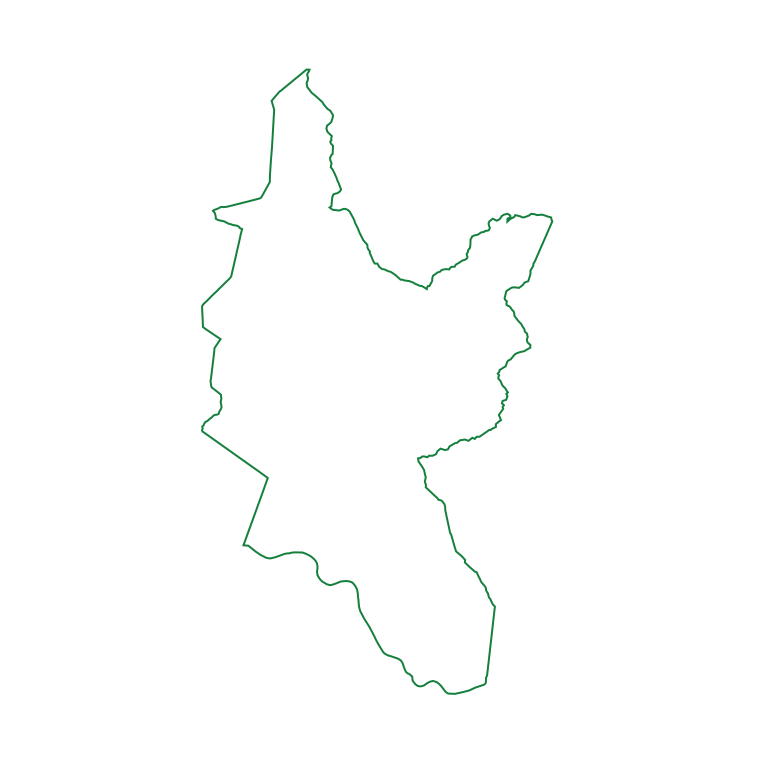 the district of Caxias, Maranhão, Brazil, rotated 124°
{"feature_id": "56859067B41786417257262", "entity_name": "Caxias", "entity_type": "district", "adm_level": 2, "iso_a3": "BRA", "parent_name": "Brazil", "parent_adm1": "Maranhão", "projection": "natural_earth1", "projection_center": [-43.396, -4.846], "detail": "fine", "context": "isolated", "style": "outline", "palette": "green", "viewbox_px": 768, "rotation_deg": 124, "n_neighbors": 0, "source": "geoboundaries", "source_scale": "gbopen_adm2", "svg_char_len": 6166}
<svg xmlns="http://www.w3.org/2000/svg" viewBox="0 0 768 768"><g transform="rotate(124 384 384)"><path d="M272.1,283.0L269.8,284.5L269.3,288.0L268.5,289.3L267.1,290.5L264.5,291.2L263.6,292.4L262.3,293.4L261.8,296.5L260.1,298.2L259.0,301.0L257.6,303.6L256.8,307.2L256.4,308.7L255.4,311.7L254.5,314.0L252.9,315.3L251.4,317.0L250.9,319.4L249.5,322.9L250.0,326.4L249.0,327.5L246.7,328.4L246.5,330.5L245.5,332.0L242.9,332.9L239.6,334.2L238.3,334.4L233.7,332.5L232.3,331.7L231.1,330.2L230.0,328.2L228.8,325.8L224.4,324.3L221.3,324.2L218.1,321.9L212.0,323.7L210.0,324.6L208.2,326.0L202.6,326.3L200.7,327.4L197.9,327.5L155.1,335.4L154.0,337.1L152.5,338.6L153.7,342.1L154.1,344.0L155.2,347.6L158.4,351.6L159.0,354.0L160.6,357.1L163.3,358.0L167.6,361.1L168.6,362.9L168.8,364.9L170.6,369.6L172.7,369.5L176.9,371.7L180.4,372.5L178.0,374.0L176.6,373.4L175.0,372.4L173.7,373.6L173.8,376.7L176.3,379.1L178.6,380.2L182.8,380.3L185.6,381.9L186.1,386.2L190.2,387.6L192.2,387.2L193.8,385.8L195.3,383.6L197.6,383.0L198.9,383.8L200.3,385.5L202.0,386.2L204.3,388.4L207.6,389.6L210.1,392.0L212.3,393.4L215.9,393.0L219.5,390.7L222.9,388.9L226.1,389.0L227.8,388.2L230.0,388.2L232.2,385.7L233.6,385.5L235.5,386.2L237.9,388.1L242.3,389.9L244.8,391.2L247.2,391.0L249.0,393.4L250.7,394.1L252.5,393.9L254.2,397.0L256.3,399.2L257.7,400.1L259.3,400.2L261.8,402.1L264.3,402.9L266.8,403.9L269.6,403.0L271.5,401.7L277.3,401.1L278.4,402.4L279.8,402.2L281.4,401.6L281.4,403.9L281.6,407.3L282.7,409.5L283.1,412.4L283.6,414.5L283.5,416.1L284.1,418.3L284.5,420.6L285.3,422.1L286.8,425.2L287.1,426.8L288.2,428.6L287.3,435.3L287.2,437.1L287.3,441.4L288.1,443.4L288.8,447.8L289.8,449.9L289.5,454.0L288.5,455.3L287.9,456.8L289.3,459.0L288.5,460.9L286.6,464.0L284.6,467.0L283.3,469.2L281.9,469.9L281.4,471.9L280.1,474.0L277.9,475.7L276.4,481.5L272.3,488.8L269.4,493.0L266.7,497.9L265.4,499.5L264.0,501.6L260.2,509.0L259.9,511.8L260.5,513.9L261.2,515.2L265.4,518.3L266.3,520.3L268.1,523.5L268.3,525.2L268.1,527.8L266.1,527.0L258.1,531.3L255.2,532.0L252.9,530.4L252.0,529.4L250.0,528.6L248.6,528.2L246.7,528.4L242.5,534.4L241.6,536.1L239.8,538.4L237.3,542.4L234.9,546.6L234.1,549.3L230.3,551.0L228.4,553.8L226.8,555.1L223.6,555.7L222.1,555.2L215.1,559.4L214.3,562.6L213.1,564.1L211.4,563.9L209.8,565.1L207.6,565.9L206.9,570.5L206.3,572.3L204.5,574.5L201.8,575.7L199.6,575.0L196.5,574.2L193.0,575.1L189.8,576.4L187.5,581.2L187.5,584.8L185.9,590.5L184.8,592.5L183.5,601.6L183.0,606.9L180.7,613.7L177.7,616.5L175.0,617.0L172.7,618.1L170.6,620.7L168.6,621.1L166.7,621.1L165.1,621.5L166.7,624.1L171.2,625.4L196.4,632.9L198.1,633.3L199.9,634.1L205.5,634.8L212.1,635.5L215.4,631.6L217.9,628.5L248.4,610.4L250.6,609.1L261.3,603.1L275.2,595.0L280.4,591.6L297.4,590.1L299.0,590.4L300.6,591.6L311.2,601.0L324.3,612.8L325.8,614.3L327.1,616.0L327.8,617.5L328.8,618.4L331.5,619.8L334.8,622.2L336.1,622.6L336.7,620.1L338.5,617.9L341.1,615.7L340.8,613.1L339.3,609.3L338.5,607.2L338.3,605.6L338.1,602.8L337.2,600.4L336.6,597.9L335.6,595.9L334.8,593.8L334.8,591.9L335.4,590.5L334.9,588.2L336.3,587.8L340.7,586.2L346.4,583.9L347.9,583.3L352.2,581.7L353.8,581.0L355.6,580.4L363.6,577.2L365.5,576.6L367.1,575.9L371.5,574.2L372.9,573.6L374.5,573.1L378.5,571.5L379.8,571.0L381.9,570.8L385.5,571.5L387.3,571.9L391.7,572.8L398.5,574.2L400.6,574.5L402.5,575.0L407.4,576.1L409.4,576.4L411.9,576.9L413.9,577.2L417.7,578.2L419.2,578.4L420.9,578.4L422.6,577.4L432.7,569.8L434.7,568.4L438.0,565.9L438.2,562.5L438.2,544.6L449.1,544.6L451.8,543.0L476.0,530.6L478.5,529.5L482.4,526.0L483.3,524.7L483.3,522.7L484.0,513.3L485.6,512.0L487.1,510.6L489.3,509.8L490.6,509.1L492.2,507.4L494.0,505.7L496.1,505.2L499.2,505.1L501.1,504.3L502.7,505.2L503.8,506.5L505.3,507.7L507.6,508.0L510.4,509.0L513.4,509.7L515.5,510.9L518.0,510.8L519.4,510.4L520.8,510.9L522.1,509.6L523.9,509.1L524.9,508.0L524.9,505.7L526.7,431.9L526.9,427.8L543.7,423.5L596.3,410.3L593.9,406.0L594.1,403.9L594.7,396.4L594.7,390.5L594.0,385.0L593.6,383.5L592.9,382.1L592.0,380.5L588.1,377.0L580.4,371.4L578.5,369.4L577.5,368.0L575.4,366.2L573.6,364.0L569.3,357.4L568.3,353.4L568.0,350.7L567.8,347.8L568.1,345.2L568.6,342.8L569.2,341.0L570.4,339.1L572.2,337.3L574.0,336.1L576.9,334.7L579.6,332.3L581.2,329.2L581.8,327.2L582.3,324.6L582.0,319.5L581.1,316.6L579.8,315.0L576.0,312.1L571.9,309.4L568.4,305.1L566.9,302.1L566.3,299.2L566.8,297.1L567.7,294.4L569.5,291.3L573.5,287.5L574.8,286.8L576.6,285.0L582.6,280.2L585.7,276.5L589.8,268.8L593.7,259.9L598.8,250.5L600.0,248.6L601.6,245.7L603.4,242.1L606.4,235.5L607.1,233.3L606.9,229.3L605.8,226.0L603.8,218.4L603.8,215.3L604.8,212.8L608.8,207.5L610.3,205.0L610.7,202.9L610.3,200.9L610.7,197.2L611.7,196.2L614.0,194.3L615.3,190.4L615.5,187.4L614.8,185.5L613.9,184.2L611.8,182.4L607.2,180.6L604.8,179.2L602.8,177.3L601.7,173.9L601.8,170.7L602.3,168.2L604.9,160.3L604.7,157.6L601.2,151.9L595.0,146.0L590.3,141.9L584.6,138.5L577.5,133.0L576.1,132.5L574.6,132.6L570.3,135.2L568.1,135.5L506.5,167.6L505.8,170.7L503.8,174.1L502.8,175.6L502.3,177.6L499.5,180.7L498.7,182.7L497.8,184.1L496.3,185.3L495.3,187.1L494.2,191.2L493.4,193.4L491.9,195.6L491.0,197.4L488.2,202.0L488.7,203.7L487.9,210.5L486.7,217.2L484.5,218.3L483.2,223.6L482.5,230.6L479.4,234.5L471.3,244.1L470.5,245.9L454.4,262.6L452.0,264.3L449.8,266.7L448.4,270.9L449.5,274.1L448.6,276.7L448.3,279.5L447.9,281.7L446.3,291.6L444.3,292.7L442.1,295.6L438.1,297.1L436.2,299.3L432.9,302.7L431.0,306.7L429.0,311.9L426.7,314.2L425.0,312.5L422.6,311.7L421.5,310.0L420.5,307.1L418.2,306.5L416.4,303.7L413.1,301.6L409.8,302.1L406.0,301.0L404.6,296.4L402.4,294.4L399.1,294.8L393.5,292.1L391.6,290.4L388.3,289.6L384.8,285.9L383.9,282.2L379.2,280.7L378.7,278.0L376.0,277.7L374.3,275.3L363.2,271.0L362.4,269.8L361.0,269.5L357.0,267.2L354.8,268.8L351.1,267.8L348.5,266.8L345.4,271.5L337.9,271.3L336.8,272.8L334.5,272.7L334.1,275.4L331.7,276.2L328.8,273.9L325.1,274.8L323.7,277.1L321.7,276.6L320.8,278.9L319.8,280.9L319.0,284.9L316.3,289.3L315.6,292.2L314.2,293.1L312.4,293.4L311.8,295.5L309.4,295.2L307.9,296.0L303.3,294.0L301.4,293.0L297.0,294.2L295.3,294.2L292.6,292.7L286.7,292.2L284.5,291.3L281.4,289.0L278.4,286.1L274.9,284.5L272.1,283.0Z" fill="none" stroke="#15803d" stroke-width="2"/></g></svg>